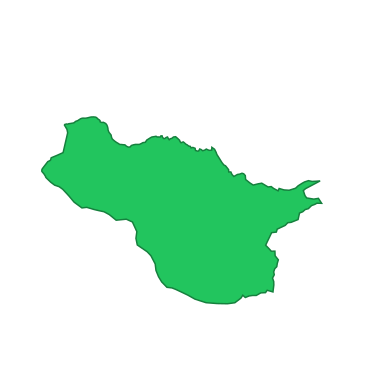 the district of Kampos, Nicosia, Cyprus, rotated 55°
{"feature_id": "46923920B48864279122455", "entity_name": "Kampos", "entity_type": "district", "adm_level": 2, "iso_a3": "CYP", "parent_name": "Cyprus", "parent_adm1": "Nicosia", "projection": "mercator", "projection_center": [32.714, 35.063], "detail": "fine", "context": "isolated", "style": "filled", "palette": "green", "viewbox_px": 384, "rotation_deg": 55, "n_neighbors": 0, "source": "geoboundaries", "source_scale": "gbopen_adm2", "svg_char_len": 3061}
<svg xmlns="http://www.w3.org/2000/svg" viewBox="0 0 384 384"><g transform="rotate(55 192 192)"><path d="M63.7,257.5L64.0,258.1L65.0,258.2L69.0,258.5L72.2,259.9L85.8,275.0L84.5,281.8L83.2,287.7L84.8,289.7L84.8,290.2L84.4,292.7L87.1,301.3L87.9,302.5L88.8,303.0L89.1,303.2L92.1,302.9L95.0,303.0L95.7,303.3L96.4,303.3L96.8,303.3L103.0,302.1L107.6,300.6L111.4,297.8L115.7,296.3L124.6,295.1L132.7,294.4L141.9,291.3L144.2,287.0L150.0,282.4L153.5,279.3L157.7,275.4L163.1,272.7L171.6,270.3L176.6,261.4L182.4,258.0L192.8,259.9L197.8,264.5L204.0,267.2L215.2,263.0L220.6,262.2L229.8,263.4L235.6,266.5L242.2,268.0L248.3,268.4L255.7,267.2L259.1,263.4L262.6,261.1L268.0,258.0L274.2,254.5L281.5,251.0L290.7,244.0L297.7,235.5L303.9,227.0L307.3,220.4L307.0,212.8L305.7,209.6L308.4,209.0L309.0,208.8L309.9,204.9L311.4,201.9L313.6,198.7L314.1,193.5L316.6,189.5L315.6,186.8L320.3,183.0L315.1,178.3L312.2,176.4L308.7,175.4L307.0,172.1L304.3,170.9L302.3,168.2L301.8,165.4L299.3,163.0L297.1,160.2L291.9,160.5L288.0,158.0L286.0,161.0L282.1,161.5L277.9,162.2L276.1,159.2L271.0,150.1L273.2,145.9L271.3,143.5L272.8,134.7L272.1,131.2L273.7,128.2L275.4,120.9L270.9,116.0L271.7,112.7L271.3,109.3L272.4,106.3L271.7,101.9L272.6,98.4L272.8,96.2L275.6,92.3L269.7,92.1L267.7,96.3L262.6,101.5L259.6,101.5L254.7,100.0L254.4,97.0L256.4,80.7L254.2,84.4L252.2,87.6L249.5,90.1L248.3,94.1L248.0,97.0L247.8,101.5L248.3,105.0L246.3,111.4L243.1,115.4L239.1,118.6L240.4,120.8L235.9,123.1L233.0,124.0L231.5,126.8L224.8,129.8L223.3,133.0L221.4,137.9L217.7,139.4L212.5,140.9L209.1,138.9L206.7,139.2L205.3,140.3L204.7,142.7L203.7,144.7L203.3,148.8L200.6,149.2L197.9,148.7L196.6,150.4L194.7,149.2L192.8,149.3L189.8,149.5L188.1,150.4L185.1,150.6L179.9,150.3L175.5,150.1L173.4,149.5L169.9,149.0L166.8,150.1L169.0,151.9L167.7,154.1L165.0,155.7L165.0,157.6L164.3,159.6L162.4,160.2L161.2,161.0L162.2,163.0L161.7,164.0L160.0,165.3L158.0,164.4L156.0,165.7L155.3,167.5L153.7,167.2L152.4,168.4L150.6,168.9L149.3,169.6L147.0,170.1L145.9,170.5L145.4,172.7L143.7,172.9L142.6,172.5L140.5,172.9L139.2,173.2L137.3,173.7L136.3,175.7L136.5,177.6L135.9,179.3L136.1,180.7L134.3,180.7L132.9,180.5L132.5,181.8L132.6,183.6L132.0,184.5L130.3,184.8L128.9,184.3L128.2,185.3L128.7,186.6L127.6,188.0L126.9,189.0L125.7,189.5L125.3,190.5L124.7,191.7L123.9,193.4L123.7,195.2L123.5,199.3L124.5,201.7L123.4,203.9L123.2,205.9L122.8,207.9L120.5,211.2L119.7,213.1L119.1,215.0L119.6,216.8L118.8,218.3L117.0,219.4L114.9,219.9L114.1,220.9L112.5,222.7L111.6,223.9L109.8,224.6L108.1,225.4L105.8,226.2L104.2,226.6L102.7,226.9L101.0,226.5L98.9,225.6L96.7,225.7L95.5,225.8L93.1,225.2L91.5,224.3L89.9,223.7L88.2,223.3L86.4,223.4L85.4,223.9L84.0,224.7L83.4,225.9L82.5,226.7L81.7,227.0L80.8,226.4L79.7,226.6L78.1,227.2L76.3,227.5L75.3,228.1L74.7,228.8L74.0,229.6L73.3,230.7L72.7,231.6L72.2,232.8L71.7,234.1L71.2,235.4L70.4,237.0L69.6,238.1L68.9,239.0L68.4,240.1L68.1,241.2L68.0,243.3L68.0,244.6L67.4,246.8L67.6,249.1L67.0,250.5L66.5,251.5L66.0,252.6L65.4,253.7L65.1,255.0L64.3,255.8L63.7,257.5Z" fill="#22c55e" stroke="#15803d" stroke-width="1.5"/></g></svg>